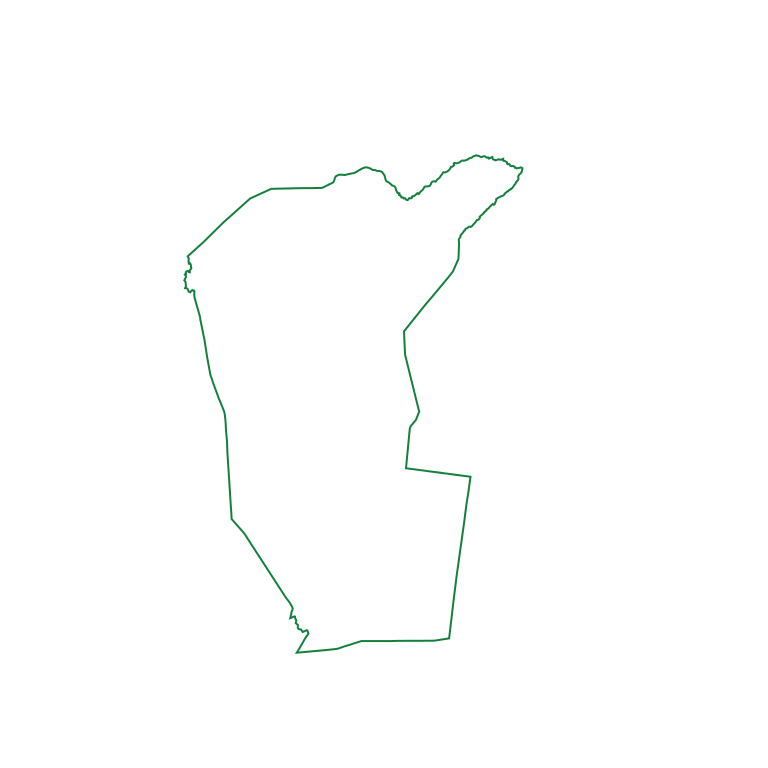 Santo Domingo Nuxaá, Oaxaca, Mexico, rotated 226°
{"feature_id": "50627088B43752024879385", "entity_name": "Santo Domingo Nuxaá", "entity_type": "district", "adm_level": 2, "iso_a3": "MEX", "parent_name": "Mexico", "parent_adm1": "Oaxaca", "projection": "equal_earth", "projection_center": [-97.046, 17.162], "detail": "fine", "context": "isolated", "style": "outline", "palette": "green", "viewbox_px": 768, "rotation_deg": 226, "n_neighbors": 0, "source": "geoboundaries", "source_scale": "gbopen_adm2", "svg_char_len": 5950}
<svg xmlns="http://www.w3.org/2000/svg" viewBox="0 0 768 768"><g transform="rotate(226 384 384)"><path d="M443.0,633.4L444.0,633.3L444.7,632.9L445.2,631.9L445.8,631.0L446.9,629.3L447.8,629.0L448.2,628.9L448.3,628.6L448.6,628.4L449.6,628.8L450.7,628.6L451.2,628.1L451.7,627.6L452.4,626.8L452.9,626.4L453.9,626.7L454.8,626.8L455.4,626.8L456.3,625.5L456.7,625.5L458.3,626.5L460.9,625.7L461.5,625.0L462.2,625.0L463.2,626.1L463.6,625.0L464.5,623.4L465.1,623.2L465.7,622.7L466.2,622.3L466.3,621.8L466.6,621.2L466.9,620.6L467.3,619.7L467.7,619.7L468.1,619.5L468.4,619.2L469.2,618.8L469.9,618.5L470.6,618.7L471.2,619.1L472.0,619.6L472.6,618.2L473.0,616.6L473.4,616.0L474.3,616.5L474.7,616.3L475.1,615.8L475.4,615.1L475.8,614.9L476.3,615.0L477.6,614.8L478.0,614.6L478.4,614.1L478.8,613.5L479.0,613.1L479.2,612.4L479.5,611.8L480.0,611.4L480.7,611.1L481.8,610.8L482.4,610.6L483.0,610.2L483.3,609.7L484.0,609.4L484.4,609.2L485.8,606.2L485.8,604.5L486.1,603.9L486.7,603.2L487.1,601.9L487.4,600.3L487.5,599.8L488.3,598.0L488.5,597.5L489.0,596.9L489.4,596.3L489.9,596.0L490.4,595.5L490.6,595.1L490.7,594.5L490.8,593.8L490.9,592.9L490.9,592.1L491.4,591.4L491.8,590.4L492.2,589.6L492.5,589.4L494.2,588.1L494.2,587.4L492.6,586.3L492.8,585.9L492.7,584.8L492.9,584.0L493.7,583.0L493.2,582.0L493.1,581.5L492.9,580.7L492.9,580.2L492.8,579.4L492.8,578.8L492.9,578.3L492.8,577.6L492.9,577.1L493.9,574.7L494.8,574.2L495.1,573.3L495.0,572.7L494.6,571.9L494.4,570.6L494.4,569.6L494.1,568.6L493.9,567.9L493.8,566.7L493.9,565.8L494.1,564.9L494.0,563.7L493.9,563.0L493.6,562.1L493.8,561.6L494.3,561.5L495.0,560.9L495.2,560.6L495.6,560.1L495.8,559.5L495.9,558.6L495.8,557.7L495.3,556.8L495.0,555.7L494.7,554.6L495.2,553.7L495.7,552.7L496.3,552.3L497.7,550.3L497.2,548.4L496.8,546.4L496.9,545.3L496.9,544.3L496.9,543.1L496.7,542.0L496.5,540.8L496.9,540.6L497.9,540.8L498.2,539.9L498.1,538.8L498.3,536.2L498.5,535.7L499.2,535.1L499.4,534.9L499.3,534.4L498.6,533.6L498.9,532.2L500.0,531.5L500.2,531.0L499.9,529.8L499.9,528.7L500.4,528.3L500.8,528.1L501.4,528.0L501.9,528.0L502.4,528.3L502.8,528.3L503.5,527.7L503.7,527.1L503.9,527.1L504.3,527.3L504.6,527.3L504.8,527.1L505.1,527.1L505.3,526.8L505.5,526.9L505.9,526.6L506.0,526.3L506.4,526.2L507.1,526.3L507.7,526.4L507.9,526.8L508.1,526.8L508.4,526.9L508.8,526.6L509.2,526.5L509.5,526.2L510.0,526.5L510.5,527.5L511.0,527.3L511.4,526.7L511.7,526.6L511.9,526.6L512.2,526.8L512.6,526.6L512.8,526.7L515.5,527.5L517.0,528.6L519.0,528.9L521.4,527.7L523.5,527.7L525.8,527.4L528.0,526.6L529.7,527.0L531.8,528.2L533.7,529.3L538.0,529.9L540.8,528.5L541.5,527.4L543.3,526.5L544.5,525.9L546.0,524.4L547.9,524.1L549.8,523.3L552.3,521.7L553.4,520.0L554.3,517.5L555.0,514.9L555.6,512.0L556.2,510.0L556.6,508.8L557.9,507.2L558.8,505.6L560.1,503.6L561.5,501.0L563.9,499.0L566.0,496.7L566.9,493.4L566.2,491.4L565.3,490.3L564.5,488.1L564.3,487.5L568.0,475.8L576.1,467.0L581.7,461.2L587.3,455.2L594.1,447.8L602.7,438.5L610.4,416.6L611.8,379.9L611.5,353.0L612.2,331.5L610.0,330.8L608.9,329.6L608.5,329.2L607.8,328.3L607.3,328.1L607.1,327.9L606.2,328.3L605.9,327.3L604.5,328.1L602.9,327.1L602.1,326.3L601.5,326.2L600.8,325.1L600.9,323.9L600.6,323.2L599.3,321.9L600.1,321.4L600.8,322.0L601.9,321.1L602.1,319.1L600.7,317.9L601.1,317.4L601.0,316.7L599.9,316.9L598.5,315.8L597.3,312.4L595.2,312.1L592.0,309.5L591.1,307.5L590.0,308.6L588.3,308.7L586.2,307.6L584.5,308.4L584.9,309.6L584.8,311.0L584.6,311.5L583.8,311.5L583.0,312.3L582.2,311.8L580.0,309.4L578.2,308.1L577.0,307.3L576.9,307.3L574.0,305.7L568.7,302.9L560.0,298.2L557.1,296.0L556.4,295.7L555.2,294.9L540.0,285.2L525.7,275.1L511.2,265.5L504.2,262.2L500.3,260.4L491.6,256.6L490.9,256.2L490.7,256.1L489.7,255.7L483.4,253.2L475.0,249.8L473.4,248.7L472.1,247.9L471.1,247.0L470.7,246.8L470.0,246.2L468.8,245.3L468.5,245.2L468.1,244.7L466.5,243.5L466.2,243.2L459.9,237.7L452.0,231.4L443.8,224.0L428.0,210.6L406.7,192.5L401.4,188.0L399.8,186.7L392.7,180.6L373.8,179.7L298.5,165.0L292.3,164.3L288.1,163.3L286.0,162.5L285.1,161.1L283.9,158.4L283.0,157.7L280.7,153.9L279.1,158.1L278.5,158.4L277.1,157.3L275.0,156.8L273.2,154.4L270.5,154.7L268.5,152.6L267.1,152.3L264.9,153.8L262.1,153.2L260.5,157.5L259.3,157.4L256.9,156.2L255.8,150.6L252.8,140.4L251.3,134.6L241.8,146.4L233.5,156.7L227.7,164.1L226.8,165.4L225.9,166.5L223.9,170.8L222.3,174.2L220.8,177.0L217.9,183.0L216.6,185.5L214.8,189.2L209.8,194.3L204.4,199.9L201.3,203.1L193.9,210.8L192.5,212.4L189.7,215.4L188.1,217.1L183.9,221.5L179.4,226.2L172.0,233.9L166.4,239.8L164.4,241.9L155.8,254.1L156.4,254.9L156.6,255.1L159.1,258.2L162.8,262.7L182.0,286.2L196.5,304.2L205.4,315.6L229.1,345.9L240.4,360.0L248.0,370.1L257.2,381.8L308.1,341.3L334.2,371.8L335.2,374.3L336.0,382.1L339.8,390.4L340.7,390.7L355.6,399.3L390.4,419.5L402.4,430.0L402.5,430.1L403.1,430.6L408.0,435.0L411.1,459.3L412.4,469.4L413.3,479.1L415.9,503.1L417.1,511.8L422.3,524.5L432.8,535.5L435.8,538.0L436.2,538.8L436.8,541.0L437.2,541.7L437.7,542.4L437.9,543.9L438.0,545.3L438.2,546.8L438.5,547.4L438.6,548.0L438.3,548.7L438.4,549.3L438.9,550.0L438.8,551.2L438.4,551.7L438.1,552.5L438.3,553.4L438.2,554.2L437.4,555.2L436.8,555.3L436.5,556.9L436.5,557.9L436.7,558.8L436.7,559.6L436.8,561.1L437.0,562.8L437.3,564.0L437.4,564.8L436.9,565.4L436.7,565.9L436.7,567.3L436.9,568.4L437.9,569.0L437.6,574.3L437.9,574.6L438.0,575.8L437.8,576.7L437.8,577.6L437.6,578.3L438.2,579.0L438.1,580.1L437.7,580.8L438.1,584.0L438.0,584.4L438.0,585.7L437.9,587.3L436.6,587.5L436.4,588.3L436.8,589.1L437.3,590.0L437.6,591.3L438.1,592.2L438.8,592.9L439.1,593.3L438.9,593.7L438.9,594.2L438.7,595.6L438.3,596.4L437.8,598.6L437.2,599.4L436.8,600.9L436.6,602.2L437.1,603.0L436.8,606.9L436.5,607.1L436.7,607.9L436.2,609.8L436.3,610.3L436.0,610.3L435.9,612.9L436.3,614.5L436.6,616.0L436.7,617.6L437.3,619.0L437.5,620.5L437.7,622.3L437.9,622.9L438.6,623.6L439.8,624.5L440.3,625.2L440.7,626.7L440.6,627.5L440.6,628.3L440.8,630.1L441.4,631.1L442.5,632.8L443.0,633.4Z" fill="none" stroke="#15803d" stroke-width="2"/></g></svg>